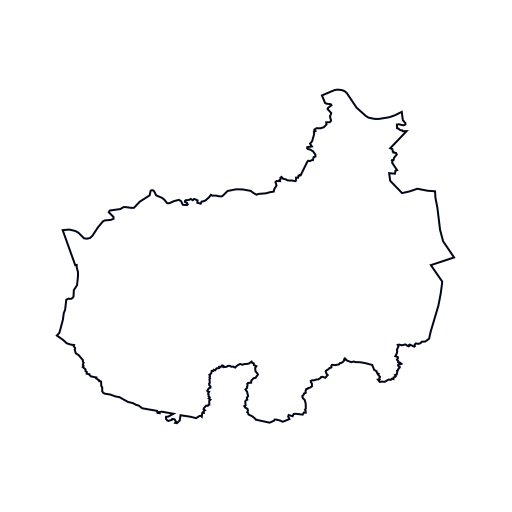 Long Thanh, Đồng Nai, Vietnam, rotated 101°
{"feature_id": "81297802B3720110239063", "entity_name": "Long Thanh", "entity_type": "district", "adm_level": 2, "iso_a3": "VNM", "parent_name": "Vietnam", "parent_adm1": "Đồng Nai", "projection": "equal_earth", "projection_center": [107.054, 10.757], "detail": "fine", "context": "isolated", "style": "outline", "palette": "ink", "viewbox_px": 512, "rotation_deg": 101, "n_neighbors": 0, "source": "geoboundaries", "source_scale": "gbopen_adm2", "svg_char_len": 6081}
<svg xmlns="http://www.w3.org/2000/svg" viewBox="0 0 512 512"><g transform="rotate(101 256 256)"><path d="M86.7,140.4L91.5,146.7L94.3,151.5L98.1,161.8L98.8,165.9L98.7,172.0L97.6,174.9L91.2,185.6L78.7,198.0L77.4,200.2L76.8,202.8L76.9,206.0L77.3,208.3L78.3,210.8L85.8,221.9L92.6,217.4L93.0,216.2L92.8,211.4L93.6,210.7L97.0,213.6L98.1,213.8L101.3,209.4L105.1,210.0L108.3,208.3L109.3,208.3L110.6,209.1L111.4,212.6L113.5,211.9L116.7,214.0L118.4,217.3L119.0,221.0L120.9,222.9L121.3,222.9L122.0,221.5L123.3,222.9L125.2,222.2L132.7,222.8L135.4,224.4L137.8,222.0L139.4,226.5L140.5,226.3L141.0,225.8L141.2,223.0L142.5,219.8L145.1,217.1L147.0,216.6L148.0,218.3L151.0,218.4L151.3,219.6L152.5,221.0L152.5,222.9L153.6,223.6L168.0,227.5L168.1,228.4L168.8,228.4L169.0,229.6L171.1,229.6L171.4,231.6L174.5,231.2L175.1,231.8L175.0,235.4L175.5,237.0L175.7,239.9L175.1,241.2L175.0,244.1L173.5,246.1L174.6,247.0L175.9,246.5L177.0,247.4L177.9,246.8L178.5,250.1L179.7,251.0L183.0,249.3L186.7,250.8L189.4,250.9L190.8,254.7L192.5,258.0L194.6,265.4L195.7,267.0L194.8,270.2L193.1,273.7L193.2,282.0L194.4,288.5L197.6,296.3L203.2,300.1L204.1,301.2L204.5,304.6L204.3,306.6L205.1,310.4L204.5,311.9L207.5,313.4L211.0,316.1L212.3,318.0L213.0,319.8L215.2,320.3L214.9,323.8L212.6,323.9L211.8,327.2L212.0,327.8L213.3,328.7L212.5,330.9L214.0,333.0L214.7,335.7L215.7,336.3L216.4,336.1L217.2,333.7L218.4,332.9L219.2,333.5L219.7,337.6L216.5,340.0L215.6,342.4L217.9,347.2L220.6,350.9L221.1,352.6L220.8,353.8L218.5,356.3L216.9,359.2L215.5,365.6L211.8,368.4L211.2,369.6L211.4,371.2L212.3,371.9L216.8,372.0L224.9,380.5L231.9,384.9L232.5,387.2L232.9,393.6L233.3,395.4L235.8,398.1L239.2,408.1L241.1,408.9L244.9,403.3L246.7,403.0L248.3,405.5L250.0,411.4L251.3,412.9L258.0,416.6L267.5,420.5L270.1,422.5L271.3,425.4L271.4,428.3L267.0,434.8L265.9,438.2L265.7,444.5L267.5,450.7L299.5,431.7L299.0,430.3L301.5,429.8L305.7,427.7L309.6,426.9L318.9,426.1L324.2,428.3L330.7,427.4L332.2,428.1L333.3,429.3L333.8,432.2L335.1,433.9L345.4,433.1L348.6,433.8L355.5,433.4L365.9,434.1L369.0,434.4L372.1,436.3L375.2,429.3L377.8,425.2L378.3,420.9L378.1,417.6L379.3,417.7L381.0,415.9L382.6,416.1L385.9,414.3L387.2,411.1L391.3,406.0L392.8,405.8L393.6,404.9L396.0,405.2L396.8,404.3L398.0,404.9L399.9,401.7L401.5,401.4L402.2,399.9L403.8,399.8L403.9,396.9L404.7,396.6L405.7,394.9L405.7,389.5L406.6,389.6L407.4,387.5L407.9,387.1L407.9,386.3L408.8,386.0L408.6,385.0L408.8,384.1L413.1,383.1L414.3,381.9L418.3,381.1L419.5,379.7L420.0,378.1L419.8,372.7L420.7,366.9L420.6,363.2L423.7,353.8L423.9,348.8L425.0,345.3L425.2,342.5L427.2,338.6L426.9,323.5L428.8,322.8L428.7,320.7L427.7,321.2L426.8,318.9L426.6,306.9L430.4,311.5L431.0,313.6L433.0,313.3L434.4,311.7L434.6,310.5L432.8,307.2L431.9,307.1L431.8,304.9L433.9,302.9L435.2,303.5L435.2,301.7L432.0,299.5L426.7,299.7L426.3,289.6L426.6,283.9L423.8,280.9L423.4,279.6L424.1,278.6L420.3,278.8L419.9,278.6L419.9,277.3L418.4,277.8L417.2,276.7L416.4,278.2L415.1,278.0L412.4,276.4L412.3,274.7L411.5,274.5L410.8,273.4L407.3,274.3L405.7,273.3L404.9,275.3L403.5,274.5L402.6,275.9L401.3,276.0L400.6,276.7L398.3,276.1L398.2,277.7L397.6,278.1L394.9,277.1L393.9,275.6L392.7,275.8L391.7,277.2L390.4,277.7L389.2,277.1L386.0,278.2L384.9,277.7L383.9,278.6L382.6,278.2L381.6,279.1L379.7,277.5L377.3,277.6L377.1,276.0L375.8,275.8L375.9,274.2L373.8,273.3L373.1,270.8L372.5,270.4L371.8,270.9L371.2,268.9L369.9,268.4L370.0,267.2L371.0,267.3L371.3,266.8L370.4,263.8L369.2,262.5L368.8,260.8L369.4,259.1L368.9,257.4L369.5,255.2L367.6,254.0L365.0,251.0L365.3,248.6L364.2,246.5L363.6,244.0L362.8,242.3L360.5,240.2L361.7,239.2L361.8,237.7L363.5,237.2L364.1,234.6L366.0,235.5L369.3,234.5L371.3,231.9L372.1,231.5L375.8,233.3L376.3,234.9L379.1,236.8L381.3,236.6L382.1,239.5L383.2,240.2L384.4,239.6L385.9,239.9L387.0,239.5L389.1,240.9L390.9,238.9L395.1,237.0L396.9,238.0L398.7,237.1L399.7,238.4L401.0,238.8L404.6,237.7L405.6,238.9L406.9,237.5L407.6,235.2L409.3,234.4L411.0,234.8L411.3,234.1L413.0,233.1L414.1,229.0L416.1,225.3L416.7,225.1L417.0,210.8L414.2,206.8L413.0,206.5L412.7,204.3L413.0,200.4L413.6,198.5L413.3,197.6L409.7,192.1L407.4,193.8L405.9,193.6L406.3,189.5L403.9,188.9L403.3,186.8L402.8,179.9L400.5,179.1L400.3,177.3L398.8,177.6L397.6,178.6L396.3,178.0L391.6,179.0L388.2,180.6L386.4,183.1L384.7,183.8L383.0,182.7L381.8,182.6L380.8,181.1L379.1,181.6L377.0,181.3L376.5,179.9L375.6,179.6L375.0,177.9L373.2,176.2L370.5,176.8L369.3,178.1L368.2,178.4L367.2,177.0L367.0,175.3L365.7,173.2L365.4,171.6L363.6,169.5L362.6,169.2L361.9,167.8L362.3,164.8L359.2,162.9L358.2,164.3L355.9,165.6L355.2,165.4L353.1,163.1L352.2,162.7L351.0,160.7L349.3,161.1L348.3,160.6L348.0,157.2L346.4,153.7L345.1,153.1L344.6,151.7L343.5,150.6L341.3,149.2L340.5,149.8L339.5,149.2L341.3,146.7L342.0,142.2L340.9,139.8L341.2,138.3L340.4,133.4L340.3,128.4L340.8,121.1L345.2,118.3L346.1,115.7L347.6,115.0L348.3,113.2L349.0,113.7L351.0,111.2L352.3,111.6L353.5,111.1L354.1,112.7L356.0,110.5L355.3,108.7L355.0,105.7L352.0,102.3L351.8,100.0L350.5,99.1L350.6,97.6L349.0,97.8L348.2,96.4L347.4,95.9L346.3,96.8L345.5,95.3L342.5,95.2L341.7,95.7L341.0,94.9L339.7,94.7L338.0,93.6L337.3,93.8L337.0,95.1L336.1,95.8L334.7,94.8L334.6,93.2L334.1,92.6L333.2,94.3L333.2,96.2L332.1,96.2L330.9,97.9L329.4,97.2L328.2,97.5L327.7,100.1L324.6,99.2L322.5,99.2L321.0,99.8L317.7,98.9L316.2,99.9L315.7,98.8L315.8,95.7L314.3,92.5L315.6,89.2L315.1,88.4L314.0,88.7L313.6,88.1L314.8,83.3L314.3,82.9L312.7,83.3L311.3,82.4L311.3,80.0L310.3,78.0L308.5,76.9L307.7,73.6L304.2,70.3L296.9,70.1L270.1,67.5L257.8,67.5L246.3,68.2L245.5,68.4L231.6,82.6L219.6,61.3L205.9,75.1L195.2,80.3L173.9,87.2L164.5,91.0L158.3,92.6L159.2,100.0L159.2,110.5L163.2,117.4L166.4,124.6L156.6,138.6L149.3,141.1L148.7,135.3L145.7,135.4L144.8,133.9L138.6,140.1L137.4,140.0L136.3,140.9L135.9,140.8L135.5,139.3L133.1,139.2L129.6,137.2L128.1,138.2L128.3,140.7L127.5,140.9L127.5,141.6L125.1,142.5L124.6,144.8L104.7,132.0L105.5,135.7L104.7,136.7L105.0,137.8L104.6,139.2L103.7,140.5L103.7,141.9L100.1,142.8L99.4,140.8L99.6,136.6L99.1,135.1L98.0,134.4L97.1,134.7L94.6,137.8L86.7,140.4Z" fill="none" stroke="#020617" stroke-width="2"/></g></svg>